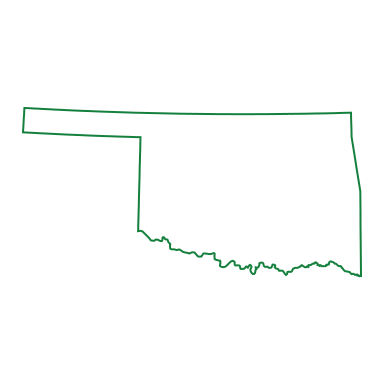 Oklahoma, Albers equal-area conic projection
{"feature_id": "USA-3533", "entity_name": "Oklahoma", "entity_type": "State", "adm_level": 1, "iso_a3": "USA", "parent_name": "United States of America", "parent_adm1": "", "projection": "albers", "projection_center": [-97.37, 35.324], "detail": "fine", "context": "isolated", "style": "outline", "palette": "green", "viewbox_px": 384, "rotation_deg": 0, "n_neighbors": 0, "source": "natural_earth", "source_scale": "10m", "svg_char_len": 5584}
<svg xmlns="http://www.w3.org/2000/svg" viewBox="0 0 384 384"><path d="M23.0,132.3L23.4,126.2L23.7,120.1L24.1,114.0L24.4,108.0L29.2,108.2L34.0,108.5L38.8,108.7L43.6,109.0L48.4,109.2L53.2,109.5L58.1,109.7L61.8,109.9L71.9,110.4L80.9,110.8L89.9,111.1L98.9,111.5L107.9,111.8L116.9,112.1L125.9,112.4L134.9,112.7L143.9,112.9L152.9,113.1L161.9,113.3L170.9,113.5L179.9,113.7L188.9,113.8L197.9,113.9L206.9,114.0L215.9,114.1L224.9,114.1L233.9,114.2L242.9,114.2L251.9,114.2L260.9,114.1L269.9,114.1L278.9,114.0L288.0,113.9L297.0,113.8L306.0,113.7L315.0,113.5L324.0,113.4L333.0,113.2L342.0,112.9L351.0,112.7L351.1,118.8L351.3,124.9L351.5,131.0L351.6,137.1L352.7,143.8L353.8,150.6L354.9,157.4L355.9,164.1L357.0,170.9L358.1,177.7L359.2,184.4L360.3,191.2L360.4,201.8L360.5,212.4L360.5,223.0L360.6,233.6L360.7,244.2L360.8,254.8L360.9,265.4L361.0,276.0L360.7,276.0L359.7,276.0L359.0,275.6L359.0,276.0L357.0,275.4L356.4,275.1L356.6,274.8L356.7,274.6L355.8,274.6L354.8,274.8L354.4,274.4L354.0,274.1L353.4,273.9L352.8,273.8L352.6,273.8L352.1,274.1L351.8,274.1L351.6,274.1L351.2,273.6L350.5,273.3L349.8,272.2L349.2,271.9L348.7,271.9L347.7,271.6L345.0,271.2L343.5,269.7L342.9,268.7L342.6,268.4L342.2,268.1L341.9,268.0L341.6,267.7L341.5,266.9L341.4,266.7L341.1,266.4L340.8,266.2L340.5,266.1L339.1,266.1L338.5,265.9L337.8,265.5L336.5,264.2L335.8,263.7L334.5,263.5L334.3,263.2L334.1,262.8L333.9,262.6L333.4,262.3L330.7,261.4L330.1,261.5L329.3,262.2L329.1,262.9L329.0,263.8L328.8,264.3L328.4,264.0L328.1,264.4L327.8,264.6L327.5,264.8L327.0,265.1L326.6,264.8L326.3,264.8L326.2,265.2L326.2,265.6L326.1,265.8L325.9,266.0L325.6,266.1L325.3,266.2L321.9,266.1L321.5,266.2L321.2,265.8L320.9,265.6L320.6,265.5L320.2,265.5L319.8,265.8L319.6,265.9L319.5,265.7L319.3,265.5L319.2,265.3L319.3,265.2L318.0,265.2L317.5,265.0L317.8,264.3L317.5,263.5L317.0,263.1L316.5,262.9L316.0,262.4L315.5,262.3L315.0,262.7L314.5,263.6L314.2,263.6L313.5,263.4L313.4,263.5L312.4,264.0L312.0,264.1L311.6,264.4L311.2,264.7L310.9,265.0L310.5,265.0L309.9,265.1L308.6,265.1L308.3,265.4L308.5,266.8L308.0,267.1L307.8,267.0L307.5,266.8L307.3,266.4L307.0,266.5L306.8,266.8L306.5,267.1L305.4,267.3L304.9,267.2L302.6,265.8L302.2,265.3L301.7,265.2L301.2,265.5L300.8,266.0L300.6,266.4L300.4,266.3L299.7,266.7L299.0,267.2L297.6,267.8L297.1,267.9L295.0,267.9L294.6,268.1L293.8,268.5L293.3,268.6L292.9,269.0L292.2,270.7L291.8,271.3L291.1,271.8L290.4,271.9L288.6,271.7L287.6,271.9L287.3,272.3L287.3,273.0L287.1,274.1L286.0,274.9L284.8,273.7L283.6,271.9L282.7,270.8L281.9,270.6L279.2,270.8L278.9,270.6L278.7,270.3L278.6,269.8L278.5,269.5L278.2,269.2L277.3,268.8L275.7,268.3L275.2,267.8L275.0,267.6L274.9,267.4L274.8,267.1L274.8,266.9L274.9,266.6L275.3,265.7L275.2,265.4L274.9,265.1L273.9,264.7L273.3,264.5L272.9,264.5L272.7,264.7L272.5,264.8L272.3,265.2L271.8,266.8L271.7,267.0L271.4,267.4L271.2,267.6L270.9,267.7L270.5,267.8L269.7,267.9L269.3,267.9L268.9,267.8L268.7,267.7L267.6,266.9L267.2,266.7L266.9,266.7L265.5,266.9L265.1,266.8L264.8,266.7L264.6,266.6L264.1,266.1L263.8,265.7L263.6,265.2L263.4,263.8L263.2,263.4L263.0,263.1L262.7,262.9L262.2,262.7L261.8,262.6L261.4,262.6L260.1,262.9L259.8,263.0L259.6,263.1L259.3,263.5L259.4,264.1L259.3,265.3L258.6,266.6L258.0,267.4L257.1,267.7L255.7,267.3L255.7,268.0L256.0,268.4L256.4,268.6L256.5,269.1L256.3,269.4L255.6,269.9L255.4,270.4L255.3,271.9L254.9,273.1L254.2,273.9L252.9,274.0L252.0,273.3L251.2,272.2L250.6,271.0L250.4,269.8L250.6,269.0L251.3,267.7L251.5,266.9L251.4,266.3L251.1,265.8L250.7,265.3L250.1,264.9L249.9,265.1L249.4,265.3L249.2,265.5L248.9,266.0L248.1,267.3L247.9,267.6L246.8,266.6L246.3,266.5L245.7,266.9L245.6,267.1L245.4,267.6L245.3,267.8L245.0,268.0L244.6,268.3L244.4,268.4L244.1,268.7L243.7,268.8L241.0,269.0L240.4,268.6L240.1,267.5L240.0,266.4L239.7,265.8L239.1,265.5L238.2,265.3L235.6,265.5L235.0,265.1L234.6,264.2L234.7,262.4L234.3,261.6L232.8,260.8L231.2,261.3L229.8,262.5L226.3,266.0L224.7,266.9L222.9,267.2L221.2,266.7L220.3,266.2L219.9,265.7L220.0,265.0L220.1,264.7L220.1,264.2L220.4,263.2L220.4,262.7L220.2,262.2L220.4,261.6L220.3,261.1L220.0,260.7L219.6,260.8L218.2,260.3L216.2,259.9L214.7,259.1L214.6,257.5L214.4,256.4L214.6,255.0L214.6,253.7L214.0,253.1L213.0,253.3L211.1,254.0L209.8,254.1L204.4,253.4L203.4,253.6L202.8,254.3L202.3,255.2L201.7,256.0L201.4,256.5L200.5,256.6L198.4,256.6L197.8,256.3L196.5,254.7L196.0,254.3L195.7,254.0L195.1,252.9L194.6,252.6L193.3,252.3L192.8,252.3L191.9,252.4L189.2,253.5L188.7,253.2L183.7,252.1L182.9,251.8L179.9,249.7L179.0,249.5L178.3,249.6L177.7,249.9L176.8,250.0L176.0,249.9L174.5,249.4L173.7,249.3L171.8,249.3L170.9,249.1L170.2,248.5L170.1,247.8L170.0,245.1L170.2,244.5L170.3,244.2L169.6,243.3L168.4,242.2L168.1,241.4L167.8,240.5L167.5,239.7L166.7,239.4L165.9,239.4L165.5,239.3L165.1,239.1L164.8,238.7L164.6,238.4L164.5,238.0L164.3,237.7L163.6,237.2L163.0,237.2L162.6,237.7L162.3,240.1L162.0,240.9L161.3,241.1L160.4,241.0L159.6,240.7L158.1,239.8L156.1,239.5L155.8,239.6L155.4,239.8L154.9,240.3L154.6,240.5L153.9,240.8L151.5,240.5L150.7,240.2L150.2,239.6L149.5,238.4L142.8,231.7L142.5,231.4L141.6,231.2L141.2,231.0L140.6,230.8L138.8,231.0L138.1,231.1L138.2,230.6L138.2,228.3L138.3,222.8L138.5,217.2L138.6,211.7L138.8,206.1L138.9,200.6L139.0,195.1L139.2,189.5L139.3,184.0L139.5,178.4L139.6,172.9L139.7,167.3L139.9,161.8L140.0,156.2L140.2,150.7L140.3,145.2L140.4,139.6L140.5,137.2L140.1,137.2L137.9,137.1L136.7,137.1L133.0,137.0L127.3,136.8L120.0,136.6L111.3,136.3L101.6,136.0L91.2,135.6L80.5,135.1L69.8,134.7L59.4,134.2L49.7,133.7L41.0,133.3L33.6,132.9L28.0,132.6L24.3,132.4L23.0,132.3Z" fill="none" stroke="#15803d" stroke-width="2"/></svg>